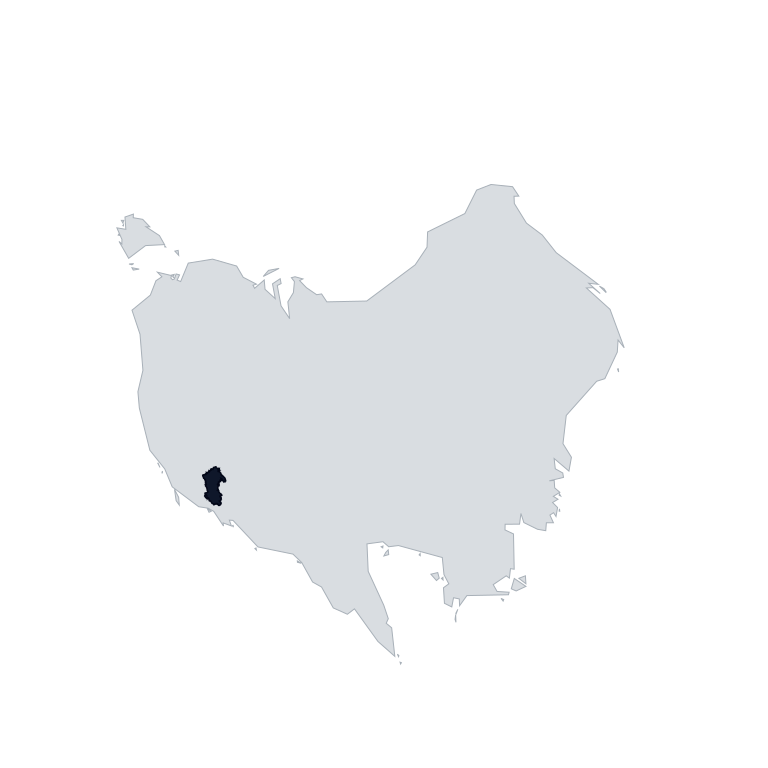 Banana, Queensland, Australia (highlighted), rotated 155°
{"feature_id": "25037944B6409140573096", "entity_name": "Banana", "entity_type": "district", "adm_level": 2, "iso_a3": "AUS", "parent_name": "Australia", "parent_adm1": "Queensland", "projection": "equal_earth", "projection_center": [149.813, -24.807], "detail": "fine", "context": "in_parent", "style": "filled", "palette": "ink", "viewbox_px": 768, "rotation_deg": 155, "n_neighbors": 0, "source": "geoboundaries", "source_scale": "gbopen_adm2", "svg_char_len": 8823}
<svg xmlns="http://www.w3.org/2000/svg" viewBox="0 0 768 768"><g transform="rotate(155 384 384)"><path d="M498.3,153.2L505.8,192.7L514.5,190.8L524.6,202.5L526.4,226.4L532.4,234.7L534.0,256.9L538.4,268.3L567.1,289.6L578.5,324.2L581.7,326.0L582.3,319.9L588.5,326.1L589.5,323.1L592.1,340.5L595.8,345.7L603.8,351.1L619.4,380.3L618.6,399.7L624.2,422.9L615.9,465.6L610.3,481.0L596.7,498.3L584.1,532.2L581.2,557.4L558.2,563.3L547.0,574.0L540.0,575.0L542.1,581.1L530.8,572.1L532.4,570.1L531.6,567.9L529.6,567.8L525.9,571.6L523.2,569.3L527.6,565.6L525.0,562.8L510.3,576.3L486.6,569.6L467.7,553.2L466.5,540.2L457.4,528.4L461.0,528.9L460.8,525.4L448.6,528.9L451.8,520.1L446.5,507.3L442.7,521.9L433.6,523.3L434.8,518.5L439.1,518.4L444.3,498.3L441.9,483.1L436.4,499.1L427.5,505.1L421.9,514.7L423.0,519.5L419.3,518.8L413.1,513.5L416.8,513.4L413.6,504.1L407.3,493.4L402.5,492.0L401.1,482.6L364.6,466.5L305.4,478.8L287.2,489.8L280.2,503.4L238.7,504.3L218.1,520.6L202.7,519.6L184.1,508.5L182.4,497.3L186.8,499.2L189.6,492.5L186.9,469.6L177.6,452.1L172.4,430.2L147.7,383.8L155.9,388.8L149.8,374.6L153.9,383.0L160.0,385.5L147.6,356.1L151.0,315.3L153.3,324.9L159.1,314.3L181.6,295.5L190.1,296.6L232.1,278.5L247.0,254.3L245.1,238.4L253.2,226.9L261.3,244.6L264.6,234.8L259.6,227.8L260.8,223.5L275.1,226.4L270.5,224.7L273.2,217.7L270.4,211.5L278.0,210.6L275.0,206.0L281.3,205.4L278.9,198.7L284.1,191.2L284.7,195.7L289.0,195.1L289.1,186.6L295.5,189.6L299.4,182.7L306.3,187.5L315.8,199.3L314.6,208.8L320.4,199.7L333.5,205.7L336.0,200.6L330.0,193.4L344.3,161.1L347.4,163.2L352.4,155.1L354.3,158.5L369.8,156.0L369.2,148.2L358.6,142.4L360.3,140.4L398.3,157.2L409.2,151.1L406.6,157.4L411.3,160.9L416.8,153.3L421.9,159.7L416.2,174.2L409.7,175.5L410.2,185.9L404.5,202.1L439.2,231.5L448.5,234.5L451.6,241.5L467.0,246.3L477.5,220.9L477.7,183.6L479.3,169.5L483.1,166.2L480.1,159.8L489.3,132.6L498.3,153.2ZM524.0,603.1L541.6,610.2L562.3,605.8L563.9,625.2L562.4,621.7L560.4,625.8L560.1,638.4L552.6,633.3L548.2,644.8L539.3,643.9L541.0,640.7L533.1,635.2L529.8,625.4L533.3,627.1L524.8,613.4L524.0,603.1ZM340.9,140.6L351.7,140.6L355.2,144.6L348.1,152.7L340.9,140.6ZM430.2,533.1L448.0,532.5L440.6,535.8L430.2,533.1ZM419.5,183.7L421.9,191.8L415.0,190.4L416.0,184.7L419.5,183.7ZM618.4,377.0L618.0,368.1L620.7,360.8L621.7,366.1L618.4,377.0ZM557.3,591.6L563.1,593.2L563.3,595.9L557.3,591.6ZM339.8,143.0L343.9,150.9L336.9,150.4L339.8,143.0ZM517.4,592.8L514.1,592.1L515.7,587.4L517.4,592.8ZM456.8,228.2L453.6,230.6L450.3,231.9L451.8,227.4L456.8,228.2ZM147.4,381.7L144.4,377.5L143.8,373.5L144.2,373.3L147.4,381.7ZM562.1,598.6L564.4,600.5L560.0,598.9L562.1,598.6ZM594.4,341.7L596.8,341.7L596.8,345.6L594.4,341.7ZM534.8,256.5L537.8,259.0L537.3,260.3L534.8,256.5ZM552.6,640.2L552.9,643.3L550.7,642.3L552.6,640.2ZM622.3,403.0L622.5,407.8L622.2,407.8L622.3,403.0ZM368.5,140.2L366.6,138.0L367.8,136.9L368.5,140.2ZM419.1,140.6L416.5,144.7L419.5,137.6L419.1,140.6ZM622.8,397.3L621.6,398.8L622.4,397.1L622.8,397.3ZM424.4,214.3L422.9,215.1L423.7,213.1L424.4,214.3ZM414.1,183.5L412.3,183.9L413.3,181.4L414.1,183.5ZM166.3,295.7L166.0,298.9L165.2,298.7L166.3,295.7ZM486.1,130.7L486.0,133.5L485.3,131.5L486.1,130.7ZM529.6,569.0L530.1,570.5L529.5,570.0L529.6,569.0ZM415.8,145.8L412.3,148.6L415.9,145.1L415.8,145.8ZM279.0,194.8L277.7,196.7L278.5,194.4L279.0,194.8ZM553.8,637.9L552.7,638.5L553.3,637.4L553.8,637.9ZM455.4,237.7L453.4,237.6L454.4,236.0L455.4,237.7ZM272.3,209.2L271.4,210.3L271.2,207.8L272.3,209.2ZM562.0,631.3L560.5,632.2L561.0,630.5L562.0,631.3ZM487.3,123.2L487.0,125.1L486.0,124.1L487.3,123.2ZM528.8,571.0L530.3,572.5L527.8,572.0L528.8,571.0ZM570.6,289.4L569.3,289.5L569.8,287.4L570.6,289.4ZM581.2,319.6L580.5,319.6L581.0,317.9L581.2,319.6ZM524.7,600.8L524.3,601.9L523.9,600.4L524.7,600.8Z" fill="#d9dde1" stroke="#a8b0b8" stroke-width="1"/><path d="M581.9,345.2L581.9,345.4L582.0,345.4L582.0,345.5L582.2,345.9L582.2,346.2L582.5,346.6L582.7,346.8L582.8,347.0L582.8,347.3L582.7,347.4L582.7,347.6L581.2,347.4L581.1,347.6L581.0,348.0L580.8,348.5L580.7,348.5L580.3,348.4L580.2,348.4L580.2,348.9L580.3,349.2L580.2,349.3L579.9,349.1L579.6,349.9L579.6,350.2L579.7,350.4L580.1,350.6L580.0,350.9L580.1,351.2L580.1,351.3L580.2,351.6L580.0,351.8L579.3,351.7L578.1,351.6L577.9,351.8L578.2,352.3L578.2,352.6L578.3,352.7L578.2,353.0L578.4,353.2L578.4,353.4L578.5,353.4L579.0,354.3L579.0,354.8L579.2,355.4L579.1,355.5L579.2,355.9L579.2,356.3L579.3,356.9L579.4,357.2L579.4,357.3L579.5,357.7L579.4,357.7L579.5,357.8L579.0,357.8L578.8,358.7L578.8,358.9L579.1,359.0L578.9,359.3L578.9,359.6L577.9,361.1L577.6,361.4L577.5,361.5L577.4,361.7L577.4,362.1L577.5,363.1L577.4,363.3L577.2,363.2L577.1,363.3L577.0,361.6L576.9,361.6L576.5,361.5L576.4,361.9L576.2,362.0L576.1,362.6L575.7,362.9L575.7,363.4L575.6,363.6L575.6,364.1L575.5,364.3L575.6,364.7L575.5,365.1L575.3,365.1L575.1,365.2L574.9,365.0L574.5,364.7L574.4,364.8L574.2,364.8L574.2,365.1L574.0,365.3L573.7,365.1L573.6,365.9L573.4,366.1L572.9,365.8L572.8,365.3L572.3,365.2L572.4,365.5L572.5,365.6L572.4,365.8L572.4,366.0L572.2,366.2L572.2,366.5L572.1,366.8L571.8,367.0L571.6,367.1L571.6,367.3L571.5,367.2L571.5,367.3L571.4,367.2L571.0,366.8L571.3,366.4L571.4,366.0L571.2,365.5L571.3,365.1L571.0,365.1L571.0,364.9L570.9,364.7L570.7,364.0L570.8,363.7L570.6,363.4L570.6,363.1L570.3,363.2L570.1,363.1L569.8,362.7L569.4,362.5L568.5,363.4L568.6,363.5L568.6,363.9L568.5,364.0L568.4,363.9L568.4,364.0L568.1,364.4L568.2,364.7L568.1,364.9L568.2,365.0L568.0,365.3L568.1,365.0L568.0,366.2L568.3,367.0L568.5,367.3L568.6,367.5L568.6,368.0L568.8,368.2L568.8,368.5L569.4,368.8L569.3,369.3L569.5,369.4L569.7,369.5L569.8,369.8L569.9,370.0L569.6,370.3L569.9,370.6L570.0,371.0L569.7,371.4L569.7,371.6L569.8,371.6L569.6,372.3L570.5,373.9L570.0,374.4L570.0,374.8L570.1,374.6L570.4,374.6L570.5,374.8L570.4,374.8L570.7,375.0L570.9,375.0L570.8,375.3L571.0,375.3L570.8,375.6L570.7,375.8L570.6,375.7L570.4,375.9L570.3,376.1L569.9,376.4L569.7,376.1L569.5,375.9L569.5,376.1L569.3,376.2L569.4,376.5L569.3,376.8L569.0,377.1L569.6,377.3L569.8,377.6L570.6,377.3L570.5,377.8L570.7,378.1L570.9,378.2L571.1,378.4L571.5,378.9L571.3,380.0L571.7,380.1L571.8,380.0L573.8,380.4L574.1,379.7L574.3,379.6L574.5,379.3L574.9,378.9L575.0,379.0L575.9,379.2L575.8,379.9L577.0,380.0L577.1,379.1L577.9,379.2L578.3,378.9L578.9,378.5L579.3,379.4L579.5,379.2L579.3,378.7L579.5,378.7L579.9,378.6L580.0,378.4L579.9,378.4L579.9,378.2L580.3,378.3L580.6,378.2L580.8,378.1L581.0,378.1L581.2,378.4L581.4,378.4L581.6,378.6L581.9,378.5L582.3,378.8L582.3,378.2L582.4,378.3L582.5,378.3L582.7,378.0L583.0,377.9L583.2,377.7L583.5,378.0L583.9,378.0L584.2,377.8L584.1,377.4L584.8,377.6L585.0,377.7L585.3,377.7L585.4,377.4L585.5,377.4L586.0,377.6L586.1,378.0L586.6,378.0L586.6,377.8L586.7,377.7L587.0,377.6L587.1,377.3L587.1,376.7L587.0,375.8L587.2,375.6L587.3,374.9L587.2,374.7L586.9,374.5L586.9,374.1L586.8,373.8L586.8,373.6L586.7,373.5L586.7,373.3L586.8,373.1L586.6,373.0L586.6,372.8L586.4,372.6L586.5,372.4L586.7,372.2L586.8,371.9L586.7,371.7L586.8,371.6L586.8,371.4L586.7,371.3L587.0,371.0L586.8,370.8L587.0,370.6L587.0,370.3L587.3,370.2L587.3,369.9L587.3,369.5L587.5,369.5L587.4,369.3L587.5,369.1L587.5,368.9L587.7,368.7L587.6,368.1L588.0,368.1L587.9,368.0L588.1,367.8L588.6,367.6L588.7,367.4L588.6,367.2L588.8,366.9L588.6,366.6L588.5,365.9L588.5,365.2L588.6,364.9L588.4,364.4L588.7,363.9L588.7,363.5L588.9,362.6L589.1,362.6L589.2,361.9L589.0,360.8L589.3,360.5L589.6,360.5L589.7,360.2L589.8,360.2L589.9,360.4L590.1,360.3L590.4,360.4L590.7,360.3L591.1,360.4L591.3,360.6L592.2,360.7L592.4,360.7L592.5,360.3L592.4,360.2L592.5,360.0L592.8,359.5L592.7,359.4L592.7,359.2L592.3,359.2L591.8,358.8L591.8,358.0L592.1,358.1L592.1,357.9L592.3,358.1L592.5,358.0L593.5,358.4L593.5,358.0L593.7,357.9L593.5,357.7L593.5,357.3L593.7,357.0L593.7,356.7L593.2,355.6L592.9,355.9L592.6,355.8L592.3,355.7L592.1,355.2L592.3,354.8L592.1,354.9L591.9,355.1L591.5,355.0L591.4,355.1L591.2,354.8L591.3,354.3L591.3,354.0L591.4,353.8L591.3,353.5L591.4,353.4L591.5,353.2L591.6,352.8L591.6,352.6L591.6,352.4L591.7,352.0L591.4,351.6L591.2,351.5L590.6,351.4L590.6,351.2L590.6,350.9L590.6,350.4L590.4,350.2L590.3,349.8L590.3,349.3L590.4,349.0L590.3,348.9L590.2,348.3L590.1,348.2L589.8,348.0L589.7,348.0L589.4,347.7L589.5,347.5L589.2,346.8L589.2,346.5L589.2,346.4L588.6,346.4L588.5,346.6L588.4,346.6L588.4,346.8L588.0,346.8L587.9,346.7L587.8,346.8L587.7,346.7L587.6,346.8L587.5,346.6L587.3,346.3L587.0,346.3L586.9,346.2L586.8,346.3L586.6,346.6L586.4,346.4L586.2,346.3L586.1,346.1L586.0,346.4L585.8,346.3L585.8,346.2L585.8,345.9L585.7,345.9L585.8,345.7L585.8,345.4L585.5,345.3L585.6,345.2L585.3,344.9L585.1,344.5L585.2,344.2L585.2,343.9L585.0,343.7L584.7,343.6L584.3,343.5L584.1,343.6L583.8,343.6L583.7,343.7L583.1,343.8L582.9,344.0L582.8,344.6L582.2,344.5L582.1,345.0L581.9,345.2Z" fill="#0f172a" stroke="#020617" stroke-width="1.5"/></g></svg>